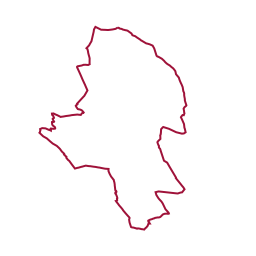 Nissedal nor, Telemark, Norway, rotated 31°
{"feature_id": "86288312B6017689781650", "entity_name": "Nissedal nor", "entity_type": "district", "adm_level": 2, "iso_a3": "NOR", "parent_name": "Norway", "parent_adm1": "Telemark", "projection": "robinson", "projection_center": [8.535, 59.049], "detail": "fine", "context": "isolated", "style": "outline", "palette": "rose", "viewbox_px": 256, "rotation_deg": 31, "n_neighbors": 0, "source": "geoboundaries", "source_scale": "gbopen_adm2", "svg_char_len": 5513}
<svg xmlns="http://www.w3.org/2000/svg" viewBox="0 0 256 256"><g transform="rotate(31 128 128)"><path d="M53.2,174.2L53.6,174.6L53.9,174.9L54.2,175.3L54.2,175.6L54.3,176.1L54.7,177.1L54.6,177.7L59.5,178.8L60.5,178.8L63.7,178.7L68.4,179.6L70.3,179.9L71.4,180.1L76.1,180.0L77.2,180.2L77.8,180.4L78.2,180.4L79.3,180.7L80.5,181.0L82.8,182.0L84.0,182.4L84.6,182.5L85.5,182.7L86.1,182.8L86.7,183.0L86.8,183.1L86.7,183.6L87.0,183.8L87.5,183.8L88.0,183.9L89.0,184.3L89.3,184.2L89.8,184.3L90.1,184.4L90.2,184.9L90.5,185.3L90.8,185.4L91.1,185.6L91.7,185.7L92.0,185.9L92.7,186.1L93.2,186.3L94.5,186.4L97.3,187.6L98.7,188.2L101.7,189.4L102.2,189.6L103.4,190.1L104.6,188.8L105.4,188.0L106.0,187.5L107.0,186.4L108.3,185.0L108.7,184.7L109.2,184.1L111.2,182.0L113.7,181.0L115.5,180.1L118.2,179.0L120.2,178.1L122.9,177.1L123.7,176.7L126.3,175.8L129.3,174.7L132.4,173.1L133.1,174.4L133.3,174.7L133.7,175.2L134.6,175.8L135.6,176.6L138.3,178.2L139.7,178.8L140.7,179.1L141.2,179.4L142.3,179.7L142.6,179.9L143.0,180.4L143.4,180.8L144.3,181.6L144.9,182.3L145.8,183.4L146.3,184.2L147.2,185.3L148.8,187.4L149.1,187.8L149.4,187.9L150.1,188.0L150.7,188.3L150.8,188.4L151.1,189.3L150.8,189.5L150.6,189.6L150.4,189.7L150.4,189.8L150.5,190.0L150.6,190.3L150.7,190.5L150.8,190.6L151.1,190.8L151.4,190.9L151.9,191.0L152.2,191.3L152.7,191.6L153.7,192.4L154.5,193.1L155.0,193.6L155.0,193.8L154.9,194.2L155.0,194.5L155.9,195.4L155.9,196.0L155.2,196.8L156.3,197.3L158.5,198.1L160.3,198.9L163.2,199.8L165.6,200.7L166.2,201.1L169.7,202.3L173.5,203.5L174.3,203.7L175.2,204.0L175.7,204.3L176.0,205.5L176.2,206.1L176.8,206.7L176.9,206.9L177.6,207.7L178.0,208.2L181.6,211.3L182.5,211.2L184.1,210.5L186.4,209.9L186.6,209.9L187.1,209.8L187.6,209.6L187.6,209.4L187.9,209.3L188.3,208.9L189.0,208.6L190.0,208.2L190.7,208.0L191.5,207.8L193.0,207.1L194.2,206.7L194.3,206.0L194.6,204.5L195.0,203.8L195.0,203.4L195.0,203.1L195.0,202.8L195.1,202.5L195.2,202.2L195.2,201.7L194.8,199.5L195.9,198.7L194.1,197.9L194.2,197.7L193.6,197.6L193.2,197.5L193.0,197.4L192.7,197.6L193.7,195.9L194.3,195.0L194.7,194.6L195.1,194.2L195.7,193.5L195.9,193.2L196.4,192.5L196.9,192.1L197.3,191.5L197.4,191.3L197.5,191.1L199.6,189.3L200.2,189.0L200.9,188.4L201.4,187.8L201.7,187.0L202.4,184.1L202.6,183.9L203.4,182.8L205.1,181.6L205.5,181.4L206.3,181.0L206.6,180.9L207.1,180.3L206.4,179.7L201.9,178.3L196.6,174.8L194.5,173.8L192.6,173.3L190.4,172.6L186.8,170.8L184.7,168.8L186.9,166.6L203.6,158.9L204.5,158.4L205.3,157.4L205.9,156.7L206.6,156.0L207.5,155.3L208.0,151.4L206.1,150.4L203.4,149.5L203.0,149.3L201.1,148.6L194.8,146.3L194.7,145.8L183.7,139.9L179.4,137.5L175.7,137.5L168.0,130.9L166.6,129.6L166.2,129.3L164.8,128.9L164.3,128.5L164.1,128.0L163.9,127.7L163.6,127.3L163.2,127.2L161.7,126.1L160.5,125.0L160.6,123.6L161.4,120.7L160.0,118.5L159.4,117.7L159.4,116.9L159.1,116.4L159.1,116.1L158.6,115.0L157.0,112.0L157.5,109.4L157.7,109.0L163.5,107.6L164.5,107.5L171.5,106.8L175.4,105.6L177.1,105.1L178.7,103.9L179.6,102.0L177.1,99.4L176.2,98.7L174.0,95.8L170.1,93.0L167.8,91.5L167.8,90.7L168.1,88.8L169.2,88.3L168.8,86.3L168.0,85.6L167.4,84.7L165.7,82.8L165.7,81.9L165.7,81.5L165.7,81.3L165.8,80.8L166.4,79.1L166.4,78.5L163.4,75.9L162.2,74.7L162.0,74.1L160.2,72.1L159.7,71.5L159.2,70.9L159.0,70.5L158.9,70.4L158.4,69.5L157.6,68.7L156.5,68.0L154.9,66.1L153.8,64.8L152.2,63.6L151.4,63.0L150.7,62.6L148.7,61.2L147.5,60.3L146.7,59.6L145.6,58.6L141.5,57.2L139.3,54.9L137.2,54.0L135.9,53.6L135.4,53.5L134.1,53.4L131.6,52.9L129.0,52.9L128.3,52.8L127.9,52.8L126.6,52.5L126.0,52.4L124.3,51.8L121.4,51.2L117.2,51.3L116.4,51.6L115.2,51.3L109.5,46.3L106.7,44.7L103.4,45.1L102.7,45.3L101.5,45.6L100.0,46.1L97.5,46.1L96.8,46.1L95.8,46.1L95.3,46.1L94.8,46.1L94.3,46.2L93.1,46.0L92.4,45.9L91.8,45.9L89.0,45.8L87.0,45.6L84.0,46.2L82.3,45.2L77.5,44.8L76.1,45.2L75.7,45.4L72.7,46.3L72.2,46.3L71.7,46.3L71.3,46.4L71.2,46.5L70.0,46.9L69.4,47.1L69.0,47.0L68.9,46.9L68.6,46.9L68.1,47.1L67.8,47.1L67.4,47.1L67.5,47.1L66.3,49.4L64.0,51.5L62.5,52.7L62.1,53.0L61.6,53.4L60.4,54.3L57.4,55.9L54.3,57.6L48.0,58.1L48.1,61.1L49.0,63.2L52.0,72.5L52.0,75.1L52.1,77.2L51.3,81.0L52.7,81.3L54.5,83.2L55.1,84.0L56.2,85.1L56.5,85.4L58.0,86.8L59.2,88.0L59.9,89.2L61.0,91.1L61.8,92.4L62.3,93.1L61.4,94.5L58.8,95.8L57.4,96.7L56.1,98.3L55.1,99.2L53.0,101.1L52.8,101.7L53.2,102.3L53.7,102.6L56.5,104.5L59.4,106.5L62.2,108.5L63.7,109.6L67.8,112.4L68.6,112.9L68.9,113.1L69.4,113.5L73.9,116.7L74.0,123.0L73.7,124.2L71.9,133.0L72.0,133.0L72.3,133.3L72.2,133.4L72.1,133.6L72.1,133.8L72.0,134.0L72.2,134.7L72.1,134.9L71.7,135.7L71.8,135.9L72.1,136.0L72.6,136.4L73.3,136.8L73.8,137.0L75.2,137.6L76.0,137.4L76.9,137.0L78.3,136.7L79.7,136.7L82.8,137.8L82.6,137.8L82.3,138.0L81.2,138.3L81.0,139.2L80.8,140.4L80.8,140.8L80.8,141.1L77.4,142.7L77.1,143.0L76.4,143.5L73.2,145.9L72.2,146.8L71.8,147.2L69.8,148.8L69.0,149.4L66.5,151.6L65.2,152.6L64.6,153.2L64.1,153.2L60.3,153.5L59.3,153.7L56.7,153.9L55.4,154.8L56.2,155.8L57.6,156.1L59.3,157.4L59.3,157.7L59.0,158.1L58.7,158.8L58.7,159.0L60.1,160.0L60.8,160.3L61.4,160.6L61.4,160.8L61.0,161.2L60.0,161.9L59.8,162.0L60.0,162.5L60.8,163.4L60.9,163.7L62.0,164.5L62.4,164.6L64.5,164.8L65.0,165.0L65.7,165.6L65.8,165.8L65.8,166.1L65.3,166.4L65.2,166.6L65.0,166.8L64.3,167.2L64.0,167.3L63.5,167.6L63.3,167.7L63.0,167.8L62.7,168.0L62.2,168.1L62.1,168.6L62.4,168.7L62.7,168.8L62.8,168.9L62.9,169.1L62.7,169.2L62.7,169.4L62.8,169.7L62.8,169.9L62.9,170.0L61.8,170.1L61.3,170.3L60.8,170.4L57.5,170.8L56.9,171.1L54.5,172.3L54.4,172.5L53.2,174.2Z" fill="none" stroke="#9f1239" stroke-width="2"/></g></svg>